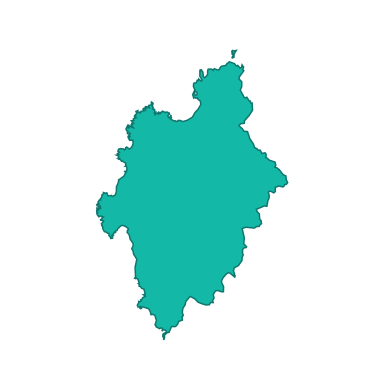 Nossa Senhora Do Monte, Brava, Cabo Verde, rotated 22°
{"feature_id": "66160863B40523802781782", "entity_name": "Nossa Senhora Do Monte", "entity_type": "district", "adm_level": 2, "iso_a3": "CPV", "parent_name": "Cabo Verde", "parent_adm1": "Brava", "projection": "mercator", "projection_center": [-24.736, 14.849], "detail": "fine", "context": "isolated", "style": "filled", "palette": "teal", "viewbox_px": 384, "rotation_deg": 22, "n_neighbors": 0, "source": "geoboundaries", "source_scale": "gbopen_adm2", "svg_char_len": 6094}
<svg xmlns="http://www.w3.org/2000/svg" viewBox="0 0 384 384"><g transform="rotate(22 192 192)"><path d="M194.6,60.1L193.3,59.6L193.0,56.8L190.8,55.4L191.2,57.9L190.2,59.1L187.1,57.5L186.8,58.4L185.9,58.5L183.3,57.1L177.7,57.3L177.6,58.4L176.4,59.5L175.8,62.1L172.2,64.4L171.4,66.4L171.6,67.7L170.2,69.3L166.4,69.3L166.1,71.3L164.1,70.7L161.0,72.0L161.1,73.9L162.5,77.4L161.3,80.8L160.5,81.2L159.3,80.7L157.1,76.7L154.7,75.2L153.8,75.8L153.9,76.6L154.6,76.6L154.1,77.1L155.9,81.7L159.5,84.4L159.5,85.2L158.7,85.8L155.9,84.7L156.1,86.2L155.0,86.3L154.9,89.5L153.3,90.0L152.9,90.9L153.8,93.7L157.8,97.6L159.4,97.9L160.2,99.4L160.0,100.3L158.6,101.1L156.3,97.9L156.1,101.4L158.4,104.2L158.9,103.3L160.5,103.6L161.6,102.7L162.9,103.8L165.7,104.6L167.4,107.6L166.6,113.2L165.0,117.1L164.4,122.4L160.9,127.1L157.2,130.1L154.1,130.1L152.3,130.9L152.3,131.6L151.0,132.5L149.9,132.2L148.9,132.9L145.0,132.4L145.0,130.4L144.1,130.0L143.7,128.4L143.3,131.8L142.3,131.7L140.9,130.3L142.0,128.1L141.1,127.2L140.5,127.7L139.5,127.1L137.8,127.7L137.7,128.3L134.3,128.1L133.7,129.9L132.7,130.1L133.2,131.2L132.4,131.5L131.3,130.8L131.5,132.2L130.3,131.7L128.9,133.9L128.6,132.0L128.0,133.1L127.4,132.9L127.8,131.8L126.3,129.4L125.8,129.4L125.7,130.1L124.1,129.3L124.3,128.1L123.1,127.3L122.8,124.8L122.2,125.4L121.7,124.0L120.7,123.8L121.6,126.5L119.4,128.0L120.7,129.7L119.3,129.6L119.4,130.2L118.6,130.2L118.4,130.8L118.0,130.0L117.2,130.0L116.8,130.7L117.9,132.8L116.4,132.2L115.6,132.8L115.6,133.7L117.3,134.6L114.4,136.4L114.6,137.3L114.1,137.6L114.8,138.7L113.0,137.7L111.7,138.6L111.3,136.8L109.8,138.3L111.3,139.7L110.7,141.5L111.8,142.1L110.5,141.9L110.2,143.2L112.1,143.9L111.0,144.3L111.5,144.9L110.2,146.0L111.2,147.4L109.1,148.6L111.8,150.1L110.6,150.4L110.5,151.1L111.6,151.9L110.5,152.5L111.1,153.4L113.3,154.4L111.7,154.7L110.7,154.0L108.9,154.4L108.4,153.7L107.3,154.1L107.4,155.1L109.5,154.8L109.2,155.8L110.2,156.0L108.6,156.5L106.8,156.1L107.4,156.6L107.1,158.2L108.2,159.4L109.9,159.5L109.5,160.4L110.2,161.9L112.0,160.6L112.8,160.9L113.1,161.6L111.9,162.9L113.5,163.9L112.0,164.3L112.0,164.9L112.4,165.3L112.8,164.5L113.4,164.7L113.6,166.5L114.8,167.4L117.6,166.1L119.1,168.6L119.5,171.3L118.9,173.9L117.9,175.7L114.0,174.6L114.7,175.2L113.9,175.7L114.3,177.2L113.6,178.3L112.6,177.7L109.3,178.6L107.9,179.8L108.0,181.9L109.9,182.3L108.5,184.3L110.1,184.9L108.2,186.1L110.4,186.2L111.2,187.7L110.7,188.3L112.1,188.0L111.8,189.0L113.1,188.7L115.1,189.8L115.3,189.4L119.8,190.1L120.3,191.9L121.1,192.4L120.8,192.9L121.4,192.6L122.9,194.6L123.5,196.8L123.4,197.8L122.2,197.8L122.0,198.3L123.1,198.2L123.3,198.7L122.9,202.9L119.4,208.3L119.8,208.5L120.2,212.6L119.9,215.1L121.7,220.0L122.0,223.4L119.9,226.0L118.7,225.3L116.3,226.9L115.4,226.8L113.3,224.7L112.5,225.5L110.2,225.7L110.8,226.4L109.6,228.2L110.3,231.0L109.6,232.4L110.4,233.5L109.1,234.1L108.6,236.5L110.2,237.8L109.8,238.4L108.9,238.3L108.4,239.6L109.3,240.3L112.3,239.4L112.6,240.3L111.2,239.8L110.6,240.5L113.3,241.2L112.9,242.0L109.8,242.4L110.3,243.7L111.9,243.8L110.6,245.0L111.4,246.3L112.2,246.3L111.6,247.2L112.6,248.5L115.0,249.9L116.3,248.4L119.2,248.4L118.2,249.9L118.7,250.9L117.6,251.8L118.1,252.4L120.3,251.9L121.0,252.3L119.9,255.5L120.8,255.9L120.9,257.0L122.2,257.6L123.1,259.5L125.6,261.6L127.7,261.3L129.0,261.9L130.6,261.5L131.3,263.5L133.5,264.6L134.0,265.5L135.2,264.9L134.2,264.5L135.4,263.3L134.0,262.2L135.4,261.3L134.7,260.5L134.9,259.3L136.2,258.2L135.4,257.4L136.9,255.8L136.9,254.0L138.8,249.8L140.1,249.0L143.0,248.8L146.5,249.7L147.2,250.6L146.5,251.5L146.9,253.7L149.7,255.1L152.3,258.9L156.7,261.8L157.5,263.9L157.4,267.3L159.4,268.6L161.0,271.4L166.0,275.0L167.4,283.0L171.5,292.0L171.1,293.5L172.0,293.5L172.9,292.6L174.9,293.5L177.1,296.2L176.5,297.0L177.6,297.3L178.3,299.2L179.6,299.0L181.5,300.2L183.7,300.0L186.7,303.9L186.3,304.5L186.8,305.1L185.6,305.5L187.7,306.2L185.8,308.6L185.8,310.3L184.8,311.2L185.6,312.2L184.8,313.2L183.5,313.4L184.0,314.3L183.7,317.5L185.1,318.9L186.9,317.7L187.1,318.9L187.6,318.4L188.3,319.3L188.8,318.7L188.6,317.3L189.4,316.9L195.5,316.5L198.1,318.5L199.9,321.1L201.4,320.2L203.6,320.1L207.2,324.5L207.5,329.0L209.0,329.7L209.1,330.4L213.0,330.9L214.0,329.7L215.5,329.5L216.1,330.2L216.2,332.3L217.0,330.5L219.2,330.0L220.5,330.8L220.6,331.6L218.5,334.2L218.4,335.0L219.1,337.0L220.4,337.6L221.0,339.8L221.3,338.0L220.1,335.0L221.6,331.8L223.3,330.8L223.4,324.4L226.7,323.2L227.5,322.1L228.2,320.2L228.2,316.8L231.1,314.4L229.6,311.4L230.2,309.8L228.1,307.3L227.1,303.2L227.9,299.3L227.3,295.8L229.2,289.9L229.5,289.5L234.7,290.0L238.8,291.9L243.2,291.9L247.3,291.5L250.3,290.0L250.6,287.5L253.1,286.6L251.8,285.0L252.2,282.1L250.1,279.1L250.8,274.9L252.8,273.7L256.9,273.4L258.5,272.7L256.8,268.0L253.4,264.9L252.7,263.2L252.8,260.3L254.4,255.5L255.9,253.1L258.1,253.1L263.5,254.9L263.4,253.5L262.1,252.9L262.2,252.1L260.1,249.7L259.5,246.6L262.6,242.8L264.0,236.7L263.0,234.1L263.0,231.0L261.7,229.8L260.5,226.2L261.3,224.1L263.1,223.2L263.2,222.4L259.3,220.5L257.8,215.1L252.2,207.1L255.1,204.5L263.3,202.1L265.1,199.6L267.2,198.8L267.3,197.2L268.3,195.3L266.8,192.7L264.9,191.7L262.6,187.1L259.7,185.7L258.1,184.0L264.3,177.8L266.8,177.2L265.5,171.1L265.8,169.3L265.1,166.5L263.0,163.9L263.1,162.8L264.5,161.8L268.1,162.2L269.1,160.4L267.5,156.6L270.3,153.9L274.3,153.3L275.0,152.5L275.2,150.4L276.6,149.6L277.2,147.5L274.8,145.3L273.0,141.9L270.2,141.9L264.5,138.6L261.7,137.8L259.4,137.9L259.7,135.8L257.8,133.2L251.7,133.5L249.0,132.4L247.3,132.4L247.2,130.5L246.0,128.7L245.0,128.3L242.3,130.1L239.7,127.7L237.7,128.5L236.3,127.6L233.3,127.3L231.1,124.6L225.5,120.8L220.8,115.2L217.4,116.2L214.8,114.4L211.0,113.1L210.8,112.2L211.8,110.3L214.7,108.7L214.0,106.2L216.4,99.5L217.5,93.4L214.4,87.0L213.9,87.7L213.1,87.5L212.0,85.8L211.0,86.2L207.3,83.6L206.5,84.6L205.1,84.8L198.6,79.5L198.6,75.5L196.8,71.1L193.2,69.6L192.8,67.5L194.6,60.1ZM179.3,48.2L180.0,44.2L178.5,45.3L176.5,45.6L176.2,46.6L177.9,48.1L177.0,48.0L177.5,49.1L179.2,49.7L178.7,52.1L179.2,52.6L180.4,51.4L179.3,48.2Z" fill="#14b8a6" stroke="#0f766e" stroke-width="1.5"/></g></svg>